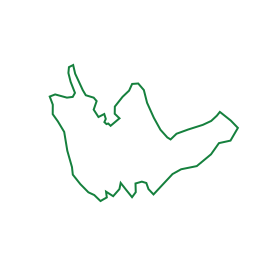 Dzharkurgan, Surkhandarya, Uzbekistan, rotated 312°
{"feature_id": "79887680B28452062330935", "entity_name": "Dzharkurgan", "entity_type": "district", "adm_level": 2, "iso_a3": "UZB", "parent_name": "Uzbekistan", "parent_adm1": "Surkhandarya", "projection": "natural_earth1", "projection_center": [67.558, 37.554], "detail": "fine", "context": "isolated", "style": "outline", "palette": "green", "viewbox_px": 256, "rotation_deg": 312, "n_neighbors": 0, "source": "geoboundaries", "source_scale": "gbopen_adm2", "svg_char_len": 1043}
<svg xmlns="http://www.w3.org/2000/svg" viewBox="0 0 256 256"><g transform="rotate(312 128 128)"><path d="M201.6,209.6L201.8,206.7L202.3,199.4L201.5,186.5L201.4,185.5L196.6,185.8L188.9,185.1L180.4,181.5L167.1,173.7L156.2,167.9L148.0,167.3L147.3,163.5L148.4,153.3L152.9,140.3L159.5,125.3L166.8,114.4L167.9,105.8L163.5,101.6L156.5,103.8L147.5,103.1L135.1,103.9L129.7,108.6L129.5,115.2L118.0,113.6L118.1,110.3L116.5,109.4L116.6,106.5L119.9,105.4L122.5,101.0L116.4,98.7L118.7,90.2L127.0,86.7L127.6,82.2L124.1,74.7L125.9,69.0L129.9,59.7L133.0,52.4L138.1,45.1L133.7,43.4L129.0,46.9L123.9,54.5L118.6,65.1L114.1,66.1L109.7,62.3L104.2,51.4L99.0,48.8L95.0,56.5L87.9,62.8L86.0,71.4L82.4,83.2L70.5,98.1L61.4,112.6L56.4,118.2L54.4,130.1L53.7,141.6L55.6,147.8L55.3,156.4L62.2,158.7L66.0,154.3L67.4,162.6L76.9,162.5L82.3,159.3L80.8,167.9L79.3,177.3L85.5,176.7L91.8,170.7L97.4,174.2L99.4,178.4L96.3,184.1L95.7,191.4L123.6,191.9L132.9,195.1L145.7,204.6L164.0,207.3L177.6,205.7L187.2,212.6L201.6,209.6Z" fill="none" stroke="#15803d" stroke-width="2"/></g></svg>